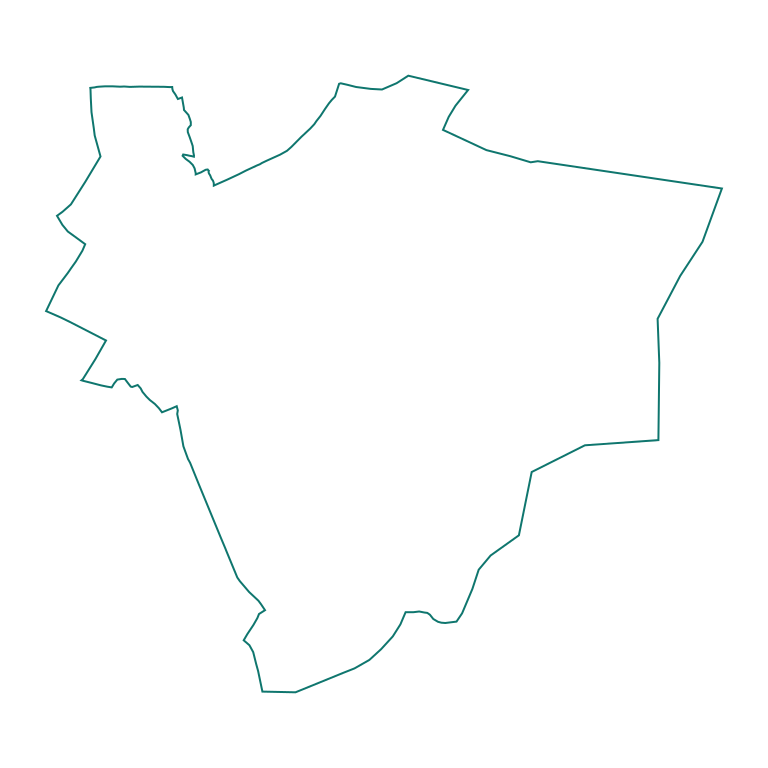 Sokoto South, Sokoto, Nigeria (Robinson projection)
{"feature_id": "59680162B89921626898623", "entity_name": "Sokoto South", "entity_type": "district", "adm_level": 2, "iso_a3": "NGA", "parent_name": "Nigeria", "parent_adm1": "Sokoto", "projection": "robinson", "projection_center": [5.246, 13.036], "detail": "fine", "context": "isolated", "style": "outline", "palette": "teal", "viewbox_px": 768, "rotation_deg": 0, "n_neighbors": 0, "source": "geoboundaries", "source_scale": "gbopen_adm2", "svg_char_len": 2609}
<svg xmlns="http://www.w3.org/2000/svg" viewBox="0 0 768 768"><path d="M468.1,90.0L408.3,75.7L396.6,83.2L382.0,89.5L370.8,88.9L356.1,87.0L347.4,84.8L340.8,83.3L339.1,83.8L335.0,96.6L331.7,100.0L328.9,103.4L325.0,109.0L320.5,115.9L316.4,121.1L314.3,124.2L310.2,128.6L301.3,136.9L291.4,146.9L287.0,150.8L280.0,154.7L266.5,160.8L261.9,163.0L259.8,164.3L257.3,165.3L245.9,170.6L238.9,174.2L227.1,179.7L213.8,185.6L213.8,184.6L213.8,183.7L213.6,182.4L212.9,180.5L212.3,179.8L211.8,179.2L211.3,178.2L210.8,177.0L210.4,175.9L209.9,174.9L209.2,173.9L208.8,173.0L208.6,172.2L208.6,171.2L208.7,170.9L208.8,170.8L208.6,170.6L208.2,170.2L207.7,169.5L206.7,169.6L205.6,169.8L200.9,172.4L195.7,174.4L195.7,173.0L195.4,171.9L194.6,168.4L192.8,165.0L189.6,161.8L185.7,158.9L182.6,155.8L183.2,154.5L187.3,155.2L189.3,155.7L191.6,156.1L193.9,156.7L194.0,155.6L193.3,152.2L192.7,146.0L191.1,141.2L189.6,136.9L187.8,132.1L187.7,129.3L188.8,127.4L190.8,125.2L190.8,122.0L189.8,118.8L188.4,114.9L184.0,110.0L183.8,107.7L182.0,97.5L177.9,99.0L177.1,97.6L175.4,94.5L173.0,91.1L172.4,89.1L172.2,87.0L169.9,87.1L163.8,86.8L150.8,86.7L139.3,86.6L129.9,86.9L124.2,86.5L120.2,86.7L112.0,86.3L105.5,86.3L98.9,86.7L96.8,86.9L94.7,87.4L90.3,87.9L90.5,89.6L90.8,98.5L91.5,112.2L93.8,128.3L94.7,135.5L100.5,156.5L85.3,181.8L70.9,204.4L62.5,211.8L57.0,215.8L62.4,224.9L67.8,231.5L85.2,244.2L82.4,250.7L75.8,261.6L71.1,268.2L67.8,273.0L58.4,285.4L46.1,311.1L60.8,317.5L70.2,322.1L106.0,340.5L95.4,359.1L82.8,379.2L81.5,380.3L83.1,380.8L91.1,382.8L101.1,385.4L107.4,386.7L111.7,387.4L112.3,386.5L114.1,383.5L117.3,379.6L121.8,378.9L124.9,379.0L127.6,382.6L130.7,386.6L132.2,387.0L137.7,385.0L140.7,388.4L142.5,391.9L146.4,396.6L149.8,400.0L154.9,404.0L158.9,408.2L162.0,412.3L172.0,408.3L176.7,406.2L177.8,410.4L177.2,414.0L180.5,429.9L183.4,446.3L188.0,459.0L190.1,462.8L198.7,484.0L220.7,537.4L225.7,549.3L225.9,549.9L237.3,577.5L239.8,581.1L249.1,592.0L258.5,600.8L261.0,604.2L265.0,610.2L259.0,614.0L257.4,618.0L253.4,625.0L247.4,634.0L243.7,640.3L249.4,645.2L253.2,652.1L256.2,664.1L258.1,671.0L262.4,691.6L295.5,692.3L342.6,673.1L354.5,668.4L369.4,659.9L381.1,649.2L392.8,636.4L400.4,624.4L405.6,612.2L413.4,612.2L419.2,611.5L424.3,612.5L427.3,612.9L429.9,614.7L433.3,619.0L438.0,621.8L441.4,622.7L445.3,623.0L456.5,621.6L462.1,613.3L472.4,588.9L478.7,569.7L490.6,555.5L518.9,535.3L531.7,472.0L584.9,445.3L658.4,440.1L659.3,362.9L657.6,318.8L667.9,299.3L680.2,275.9L702.5,241.8L721.9,188.5L537.8,161.2L530.7,162.3L510.3,156.2L486.4,150.1L443.0,129.9L448.7,116.9L455.5,105.7L468.1,90.0Z" fill="none" stroke="#0f766e" stroke-width="2"/></svg>